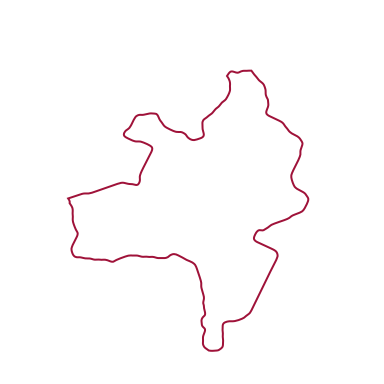 outline of Galvan, Bahoruco, Dominican Republic, rotated 26°
{"feature_id": "3306468B84487207746542", "entity_name": "Galvan", "entity_type": "district", "adm_level": 2, "iso_a3": "DOM", "parent_name": "Dominican Republic", "parent_adm1": "Bahoruco", "projection": "albers", "projection_center": [-71.318, 18.475], "detail": "fine", "context": "isolated", "style": "outline", "palette": "rose", "viewbox_px": 384, "rotation_deg": 26, "n_neighbors": 0, "source": "geoboundaries", "source_scale": "gbopen_adm2", "svg_char_len": 5363}
<svg xmlns="http://www.w3.org/2000/svg" viewBox="0 0 384 384"><g transform="rotate(26 192 192)"><path d="M276.6,327.1L278.7,326.4L280.0,325.8L283.8,323.6L284.8,322.9L285.6,321.9L286.7,319.9L287.1,318.8L287.3,317.7L287.2,317.1L286.9,316.0L285.1,311.9L283.1,308.6L281.7,305.5L280.0,302.7L278.2,298.7L277.9,297.6L277.9,297.0L278.0,296.3L278.2,295.7L278.9,294.6L280.4,293.1L282.1,291.9L285.2,290.4L287.1,289.2L290.0,286.7L292.6,283.9L293.9,282.1L295.0,279.6L296.5,276.7L297.0,275.4L297.1,274.6L297.3,272.3L297.3,229.2L297.5,216.2L297.3,213.8L297.1,212.3L296.8,211.6L296.1,210.5L295.1,209.5L294.6,209.1L293.3,208.5L291.8,208.2L290.3,208.1L287.9,208.1L273.4,208.4L271.9,208.4L270.5,208.2L269.2,207.7L268.6,207.3L268.1,206.7L267.8,206.1L267.5,204.7L267.4,202.6L267.5,200.4L267.8,199.0L268.3,197.8L268.7,197.3L269.1,196.9L269.6,196.6L272.2,195.6L273.1,194.9L275.7,190.8L277.2,187.8L277.9,186.6L279.9,184.3L283.2,180.9L287.4,176.7L289.5,174.4L290.8,172.6L292.0,170.1L292.8,168.9L294.3,167.2L297.9,163.3L299.3,161.4L299.6,160.8L300.1,159.3L300.4,157.1L300.5,152.5L300.3,149.5L300.0,148.2L299.7,147.6L299.4,147.0L298.9,146.5L297.9,145.8L294.7,144.0L293.4,143.6L291.9,143.4L285.0,143.1L283.5,142.8L282.0,142.3L280.2,141.0L278.4,139.4L276.3,137.2L274.9,135.4L274.2,134.0L273.9,133.3L273.6,131.0L273.5,127.9L273.6,116.9L273.4,113.0L273.0,110.8L271.6,107.9L271.2,106.6L270.5,101.3L270.1,100.1L269.8,99.6L269.3,99.1L268.4,98.4L265.7,96.8L264.5,96.3L263.8,96.1L262.3,95.8L256.1,95.6L253.9,95.2L252.6,94.8L249.7,93.3L247.2,92.2L244.4,90.6L243.1,90.1L241.6,89.8L239.2,89.7L229.7,89.8L227.5,89.8L226.1,89.6L224.8,89.1L224.3,88.6L223.9,88.1L223.5,87.0L223.3,85.7L223.0,82.4L222.7,81.0L222.2,79.8L220.3,76.6L219.6,75.6L217.2,73.8L215.9,72.5L215.2,71.5L213.6,68.4L212.8,67.3L211.3,65.7L209.6,64.2L208.3,63.5L207.0,63.1L204.3,62.5L203.0,62.1L199.5,60.4L196.4,59.1L192.2,56.9L190.5,57.7L188.2,59.0L185.9,60.1L184.7,60.8L183.3,62.0L181.5,64.2L180.5,64.9L179.2,65.3L175.9,65.8L174.7,66.3L174.2,66.7L173.8,67.1L173.3,68.3L173.0,69.5L172.6,72.4L174.5,73.5L175.7,74.4L177.3,75.9L178.2,77.1L178.9,78.3L179.7,80.2L181.2,83.0L181.7,84.3L182.0,86.4L182.1,88.6L182.0,91.5L181.8,93.7L181.4,95.0L179.7,98.5L179.4,99.8L178.8,102.5L178.4,103.8L177.0,106.7L176.6,108.0L175.8,111.4L175.4,112.7L173.6,116.1L172.5,118.6L171.3,120.8L170.8,121.9L170.7,122.6L170.7,124.0L171.0,125.2L173.4,129.8L174.1,131.0L176.8,134.2L177.5,135.3L177.7,136.0L177.8,136.6L177.7,137.3L177.5,137.9L176.9,139.0L176.0,140.0L173.5,142.5L172.4,143.4L171.3,144.3L170.0,144.9L169.3,145.1L168.6,145.2L167.2,145.3L165.1,145.0L163.9,144.6L161.1,143.1L159.7,142.8L158.4,142.7L157.0,142.7L155.6,143.0L152.2,144.6L150.8,145.0L148.5,145.3L144.7,145.4L140.8,145.3L139.3,145.1L137.9,144.7L136.7,144.1L134.4,142.8L132.0,141.6L130.8,140.8L128.2,138.6L127.1,137.9L126.5,137.7L125.8,137.5L125.2,137.6L124.1,137.9L120.7,139.3L119.5,140.0L114.9,143.6L113.7,144.4L111.9,145.2L110.8,145.8L109.8,146.7L109.4,147.2L108.7,148.3L108.4,149.0L108.2,150.4L108.0,152.7L108.0,158.1L107.9,159.6L107.7,161.1L107.6,161.8L107.1,163.1L105.6,165.9L105.3,167.2L105.2,168.4L105.2,169.1L105.4,169.7L105.6,170.3L106.0,170.8L106.6,171.3L107.2,171.5L108.5,171.8L111.4,171.9L116.0,171.8L118.2,171.5L119.6,171.1L122.5,169.7L123.8,169.2L124.6,169.1L126.8,168.8L130.7,168.6L133.6,168.7L135.0,168.9L136.2,169.3L136.8,169.8L137.2,170.3L137.7,171.6L137.9,173.6L137.6,191.4L137.6,195.2L137.7,197.5L138.0,199.8L138.4,201.2L139.9,204.0L140.3,205.2L140.5,206.5L140.5,207.1L140.3,208.4L140.1,209.0L139.7,209.5L139.2,209.9L138.7,210.2L135.0,211.1L132.1,212.3L130.8,212.7L126.8,213.6L125.5,214.1L124.2,214.9L123.1,215.9L121.4,217.4L105.7,233.2L102.5,236.4L100.8,237.8L99.6,238.7L96.5,240.2L95.3,240.9L94.1,241.8L91.4,244.4L83.5,252.1L85.0,253.0L85.8,253.7L86.5,254.6L86.9,255.7L89.5,257.2L90.6,258.0L91.6,258.9L92.4,260.0L93.0,261.1L94.1,263.6L95.7,266.4L96.8,268.9L97.5,270.1L98.4,271.3L99.9,272.9L102.0,274.9L104.1,276.7L106.7,278.5L107.1,278.9L107.5,279.5L107.9,280.7L108.1,282.1L108.1,284.3L108.0,292.0L108.2,294.2L108.5,295.7L108.8,296.3L109.6,297.6L110.6,298.7L111.6,299.7L112.8,300.6L113.4,300.9L114.1,301.2L114.8,301.4L115.5,301.4L116.8,301.2L117.4,301.0L119.6,299.9L120.8,299.5L124.2,298.7L125.5,298.3L129.0,296.7L130.3,296.3L133.1,295.8L134.4,295.4L137.8,293.6L140.4,292.6L142.6,291.4L143.8,290.9L145.9,290.4L149.2,290.1L150.5,289.8L151.0,289.6L151.6,289.3L152.0,288.9L153.8,286.3L156.7,283.0L160.4,279.2L162.6,277.2L164.5,276.0L167.0,274.9L169.8,273.5L171.1,273.0L173.1,272.6L175.1,272.2L176.4,271.7L179.2,270.2L181.8,269.2L185.2,267.5L186.6,267.1L189.3,266.6L190.6,266.2L196.5,263.3L197.5,262.6L198.8,261.2L200.2,258.3L201.0,257.3L201.9,256.4L203.0,255.7L203.7,255.5L205.1,255.1L207.4,255.0L212.1,255.1L216.9,255.4L220.4,255.2L223.3,255.2L225.4,255.6L226.7,256.1L228.5,257.4L230.1,258.9L236.4,265.3L238.9,268.0L240.2,269.7L241.7,272.8L242.5,274.0L243.9,275.6L247.3,279.4L248.7,281.1L249.3,282.3L249.6,282.9L250.4,286.0L250.9,287.1L252.3,288.7L253.9,291.3L256.5,294.5L257.2,295.7L257.4,296.3L257.5,296.9L257.5,297.4L256.6,300.0L256.5,301.3L256.5,301.9L256.8,303.2L257.4,304.3L259.0,306.9L259.7,307.7L260.7,308.3L262.8,309.0L263.8,309.6L264.1,310.1L264.4,310.7L264.7,311.9L265.1,315.9L265.4,317.3L265.9,318.5L267.1,320.8L268.2,323.3L268.5,323.8L269.4,324.8L270.5,325.6L271.0,325.9L271.7,326.2L273.0,326.5L276.6,327.1Z" fill="none" stroke="#9f1239" stroke-width="2"/></g></svg>